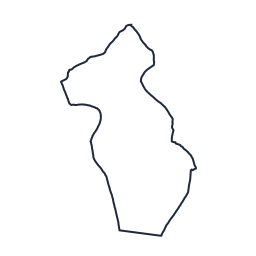 Birkelane, Kaffrine, Senegal (orthographic projection), rotated 189°
{"feature_id": "50182788B56779252201559", "entity_name": "Birkelane", "entity_type": "district", "adm_level": 2, "iso_a3": "SEN", "parent_name": "Senegal", "parent_adm1": "Kaffrine", "projection": "orthographic", "projection_center": [-15.66, 14.036], "detail": "fine", "context": "isolated", "style": "outline", "palette": "slate", "viewbox_px": 256, "rotation_deg": 189, "n_neighbors": 0, "source": "geoboundaries", "source_scale": "gbopen_adm2", "svg_char_len": 5769}
<svg xmlns="http://www.w3.org/2000/svg" viewBox="0 0 256 256"><g transform="rotate(189 128 128)"><path d="M158.4,209.0L158.6,208.7L159.0,208.1L159.4,207.4L159.7,206.5L160.1,205.8L160.4,205.2L160.6,204.5L161.1,203.8L161.4,203.3L161.6,202.7L161.9,201.9L162.2,200.8L162.3,200.2L162.5,199.5L163.1,198.4L163.6,197.9L164.1,197.3L164.9,196.9L165.8,196.5L166.2,196.2L166.7,196.0L167.2,195.8L167.5,195.6L168.2,195.4L168.9,195.0L169.6,194.7L170.4,194.4L171.4,193.9L172.1,193.6L173.0,193.3L173.7,193.2L174.6,192.8L175.7,192.5L175.9,192.5L176.3,192.2L176.9,191.6L177.3,190.9L178.0,190.4L178.5,189.7L178.9,188.9L179.1,188.1L179.5,187.5L180.0,187.1L180.5,186.7L181.2,186.0L185.2,183.7L189.1,181.0L189.8,180.3L190.8,179.6L191.4,178.7L192.5,177.4L193.2,176.8L193.9,176.6L194.4,176.5L194.8,176.4L195.0,176.1L195.2,175.5L195.1,174.6L195.4,174.1L195.6,173.8L196.0,173.5L196.0,173.2L195.8,171.6L195.6,170.5L195.6,169.6L195.9,168.6L196.1,167.7L196.7,166.7L197.5,166.1L199.8,164.5L199.9,164.4L200.6,164.0L201.1,163.6L201.4,163.0L200.8,162.4L200.4,161.7L199.9,160.8L199.1,159.7L198.7,158.8L198.2,157.9L197.8,157.0L197.3,156.1L196.9,155.5L196.4,154.6L195.7,153.7L195.3,153.1L195.0,152.2L194.5,151.5L194.2,150.8L193.6,150.1L193.3,149.3L192.8,148.6L192.5,147.9L192.0,147.5L191.7,146.7L191.3,146.0L190.9,145.2L190.6,144.6L190.3,143.9L189.9,143.3L189.5,142.9L188.9,142.6L188.3,142.2L187.6,141.9L187.0,142.1L186.3,142.3L185.6,142.4L185.0,142.6L184.2,142.4L183.6,142.5L183.1,142.5L182.9,142.6L182.5,142.7L181.7,143.0L181.2,143.1L180.6,143.3L180.1,143.4L179.0,143.7L177.5,144.0L176.6,144.1L175.6,144.3L174.6,144.2L173.8,144.4L173.0,144.4L172.4,144.3L171.8,144.2L171.1,144.2L171.0,144.3L170.4,144.2L169.6,144.2L168.8,144.2L168.0,143.9L167.1,143.6L166.2,143.7L165.2,143.4L164.1,143.2L163.5,143.1L163.2,142.8L162.3,142.7L161.6,142.6L161.4,142.4L161.1,142.2L160.3,141.6L159.6,141.3L159.4,141.1L158.9,140.6L158.5,139.9L157.5,138.3L156.8,136.1L156.3,133.1L156.5,129.7L156.7,127.9L157.4,125.9L158.0,124.0L158.3,122.7L158.9,121.3L159.6,119.6L160.4,118.1L161.1,116.4L161.3,115.7L161.8,114.6L161.8,114.0L162.1,112.9L162.8,109.4L162.9,108.8L162.7,108.6L162.1,107.5L161.8,106.5L161.2,105.3L160.7,103.6L160.4,102.5L160.0,101.4L159.4,99.8L159.0,98.3L158.5,96.9L158.4,96.7L157.8,95.0L157.7,94.2L157.6,93.6L157.1,92.8L156.6,91.9L156.1,91.3L155.8,90.9L155.1,90.1L154.3,89.2L153.5,88.5L152.9,87.8L152.1,87.1L151.0,86.1L150.1,85.4L149.0,84.5L147.8,83.3L147.1,82.5L146.3,81.5L145.6,80.8L144.8,80.3L143.9,79.4L143.0,78.1L141.9,76.9L141.3,75.7L140.7,74.3L140.3,73.2L139.7,72.1L139.3,71.0L138.7,69.7L138.0,68.1L137.4,67.0L136.6,65.5L136.4,64.6L135.9,63.5L135.4,62.8L134.8,61.5L133.9,60.1L133.3,58.9L132.9,57.8L132.4,56.7L131.9,55.8L131.4,54.4L131.0,53.1L130.4,51.6L129.6,50.0L129.2,48.9L128.8,47.6L128.1,46.5L127.6,45.3L127.1,43.9L126.6,42.7L126.1,41.4L125.5,39.9L125.1,38.9L124.6,37.7L123.9,36.2L123.6,35.2L123.3,34.6L122.9,33.8L122.6,32.6L122.2,31.1L121.7,29.6L121.2,28.0L120.7,26.6L120.4,25.6L120.0,25.6L79.2,26.7L78.4,26.9L78.2,26.9L78.1,27.0L78.1,27.5L78.1,28.0L77.9,28.7L77.6,29.4L77.3,30.5L76.6,32.0L76.2,33.1L76.0,34.2L75.7,35.3L75.3,36.2L75.0,37.7L74.5,38.6L74.1,39.4L73.7,40.1L73.3,40.8L73.0,41.7L72.5,42.8L72.0,44.0L71.7,44.6L71.2,45.7L70.6,46.5L70.1,47.7L69.3,48.9L68.8,50.3L68.6,50.7L68.5,50.8L67.8,52.2L67.3,53.6L66.7,54.7L66.1,55.8L65.6,57.0L65.1,58.4L64.4,59.7L63.9,60.9L63.4,62.3L62.7,63.6L62.3,64.7L61.8,65.9L61.4,66.9L61.0,68.1L60.3,69.3L59.9,70.2L59.5,71.4L59.2,72.3L58.8,73.3L58.6,74.2L58.6,75.2L58.7,76.4L58.7,77.5L58.7,78.6L58.8,80.2L58.7,81.5L58.7,82.8L58.6,84.5L58.5,86.3L58.6,87.3L58.6,88.5L58.8,89.8L58.9,91.3L59.0,92.3L59.1,93.8L59.3,95.2L59.2,96.2L58.4,96.9L57.4,96.5L55.6,98.1L55.2,98.3L54.9,98.6L54.6,98.7L54.7,99.0L54.8,99.4L54.8,99.6L55.1,100.1L55.5,100.6L55.7,100.8L56.0,101.1L56.6,101.8L56.8,102.4L57.0,103.1L57.5,104.0L58.3,105.8L59.2,107.7L60.6,109.5L61.8,111.0L63.2,112.0L64.1,112.7L65.1,113.6L66.1,114.2L67.0,114.9L67.9,115.4L68.4,115.6L68.9,115.9L69.4,116.1L69.9,116.4L70.4,117.2L70.8,117.5L71.7,118.1L72.7,118.2L73.6,119.1L73.9,119.4L74.4,119.6L75.3,119.6L77.0,120.0L77.8,120.0L78.5,120.3L78.9,121.3L80.6,121.2L81.9,121.4L82.0,121.4L82.3,121.5L82.6,121.6L83.2,125.0L83.1,129.1L82.7,132.9L84.1,134.7L84.7,135.5L84.6,139.5L84.6,139.9L85.1,140.6L85.2,143.1L85.3,144.2L87.3,146.2L89.1,148.1L90.9,150.4L94.6,154.4L94.8,154.4L99.5,157.7L102.4,159.0L105.1,160.6L107.9,162.5L110.9,164.3L114.1,166.4L116.9,168.6L119.6,172.0L120.9,173.9L122.7,176.3L122.7,179.6L122.4,180.6L120.5,185.3L120.0,186.2L118.6,188.1L116.5,190.3L114.9,191.8L113.5,193.1L112.3,194.3L112.3,194.7L112.4,195.9L112.5,196.7L112.5,197.4L112.8,197.7L112.9,198.3L113.2,199.1L113.2,199.5L113.4,200.4L113.4,201.3L113.6,202.0L113.7,202.9L113.9,203.9L114.3,204.6L114.6,205.6L115.0,206.2L115.1,206.6L115.5,207.1L115.9,207.6L116.2,208.1L116.6,208.3L117.2,208.7L118.4,208.9L118.8,209.1L119.8,209.6L120.5,209.9L120.9,210.3L121.5,210.7L122.2,211.2L122.9,211.7L123.5,212.4L123.6,212.8L124.1,213.0L124.5,213.5L125.2,213.9L125.7,214.2L126.1,214.7L126.7,215.0L127.3,215.7L127.6,216.1L128.3,216.6L128.6,217.1L129.4,218.0L129.7,218.6L130.1,219.0L130.1,219.4L130.5,220.2L131.4,221.2L132.4,222.4L132.8,222.9L133.6,223.5L133.9,223.9L134.1,224.1L134.5,224.6L134.9,224.9L135.5,225.3L135.6,225.5L136.0,225.7L136.4,226.0L136.7,226.2L136.9,226.5L137.4,227.0L137.7,227.3L138.1,227.8L138.5,228.1L138.9,228.5L139.9,228.9L140.5,229.3L141.4,229.9L141.2,230.4L141.9,230.3L142.5,230.2L143.6,229.7L144.3,229.4L145.0,229.0L145.4,228.7L145.7,228.5L146.3,226.8L146.6,225.8L148.2,223.7L149.1,223.1L150.0,222.6L150.6,222.1L151.0,221.8L151.5,221.2L152.1,219.8L152.3,219.0L152.6,217.9L153.1,216.9L153.7,216.0L154.4,215.1L155.1,214.2L155.4,213.3L155.8,212.7L156.5,211.5L157.1,210.6L158.1,209.5L158.4,209.0Z" fill="none" stroke="#1e293b" stroke-width="2"/></g></svg>